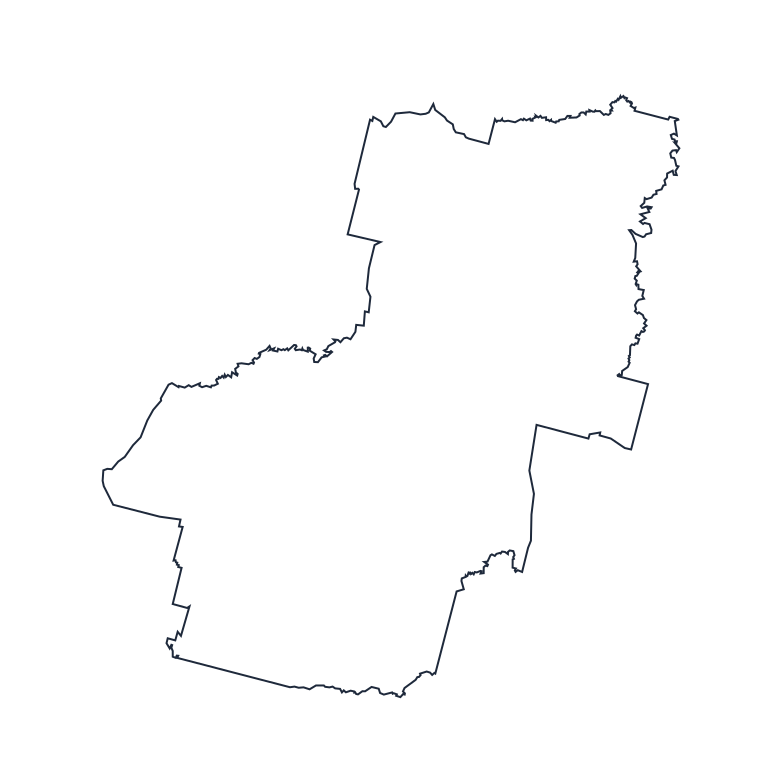 Golden Plains, Victoria, Australia, rotated 276°
{"feature_id": "25037944B31372279830401", "entity_name": "Golden Plains", "entity_type": "district", "adm_level": 2, "iso_a3": "AUS", "parent_name": "Australia", "parent_adm1": "Victoria", "projection": "natural_earth1", "projection_center": [143.959, -37.852], "detail": "fine", "context": "isolated", "style": "outline", "palette": "slate", "viewbox_px": 768, "rotation_deg": 276, "n_neighbors": 0, "source": "geoboundaries", "source_scale": "gbopen_adm2", "svg_char_len": 6114}
<svg xmlns="http://www.w3.org/2000/svg" viewBox="0 0 768 768"><g transform="rotate(276 384 384)"><path d="M235.6,127.3L228.6,174.8L227.9,195.8L220.9,195.0L220.8,198.7L186.4,193.2L186.9,195.1L184.9,195.7L184.7,197.1L182.7,196.9L182.4,198.8L180.5,198.5L180.0,201.9L143.1,196.9L140.7,211.6L142.5,213.8L112.3,208.4L116.0,204.7L107.2,203.2L108.5,195.5L103.5,194.8L98.6,198.5L102.4,199.8L102.2,200.6L99.5,200.1L96.4,201.8L90.7,202.4L89.9,205.5L92.2,206.3L92.2,207.7L90.0,206.9L72.6,322.2L73.7,326.6L73.0,330.9L73.9,335.7L72.6,341.9L77.1,347.9L77.9,355.7L76.7,357.1L76.6,361.5L77.7,364.5L76.2,367.2L76.2,372.2L72.9,374.4L75.1,376.0L73.4,378.3L75.5,382.9L75.1,386.5L74.0,386.7L74.4,387.6L72.8,388.7L72.6,390.6L76.2,394.6L76.4,397.3L81.4,403.3L80.4,410.6L76.3,412.4L75.1,416.3L78.1,424.3L76.9,425.0L77.5,425.9L76.7,429.2L75.2,428.7L74.3,433.0L77.6,435.4L77.3,437.0L78.5,437.1L80.2,435.0L83.8,436.2L93.1,446.4L96.0,447.8L96.3,449.4L98.3,450.8L99.7,450.1L102.5,456.5L101.8,460.0L99.7,462.3L101.9,464.3L101.4,465.3L185.3,477.9L188.2,484.8L196.2,481.6L198.8,481.7L200.6,485.3L201.9,485.3L201.1,486.0L201.8,487.0L205.2,487.8L204.1,489.4L205.3,489.6L204.4,490.8L205.4,491.6L204.1,493.1L206.5,493.9L206.3,496.0L208.2,499.5L208.0,500.6L205.6,499.9L206.3,502.9L212.2,502.3L214.0,503.9L213.7,505.8L215.2,506.3L217.5,502.3L218.2,505.5L224.8,507.8L225.8,509.1L224.6,512.2L226.8,513.6L228.1,516.8L227.6,517.7L229.7,518.9L229.6,521.9L227.8,525.0L230.0,524.9L231.6,526.4L231.3,530.1L227.4,531.7L225.4,530.6L223.7,531.5L223.0,530.3L214.8,531.1L214.3,534.5L212.3,533.6L210.9,534.5L212.8,536.5L211.5,541.0L236.2,544.4L243.5,546.5L269.6,544.3L290.4,544.6L313.1,537.6L359.3,540.0L351.1,593.0L355.5,593.8L358.4,604.1L355.4,603.8L353.5,615.2L345.5,630.1L344.7,636.6L411.5,646.6L416.3,615.8L417.1,615.4L418.4,616.8L417.4,617.4L417.8,619.5L421.9,619.5L426.3,624.6L430.8,626.1L431.8,624.9L433.4,625.5L434.9,624.5L436.1,625.6L437.5,624.6L438.4,625.6L447.3,625.0L449.3,626.4L448.9,628.9L450.7,629.8L450.6,631.9L455.3,633.1L456.3,629.4L458.5,629.7L459.6,630.5L458.9,632.7L463.5,634.5L462.8,636.0L463.5,637.3L464.7,637.9L466.6,636.0L469.4,639.0L471.4,636.3L475.0,638.3L476.8,635.6L479.6,634.3L481.9,630.0L480.6,628.7L482.6,625.9L484.7,626.9L488.7,625.4L492.6,627.0L494.4,628.6L496.0,633.7L498.6,631.7L504.6,632.5L505.0,627.2L509.3,626.6L509.7,624.7L508.8,624.5L509.7,623.8L513.2,624.6L515.0,622.3L517.6,622.7L518.0,624.1L520.9,625.6L521.4,624.2L522.7,625.0L522.0,625.6L522.8,627.4L527.4,622.5L529.6,623.7L532.5,622.8L531.8,619.6L535.6,620.7L550.1,620.0L558.3,615.5L562.6,611.7L563.0,613.9L559.6,618.5L557.2,626.0L557.9,627.7L560.3,629.0L562.1,633.9L565.4,633.9L570.7,631.4L571.4,626.2L570.2,624.9L572.4,621.6L576.3,626.9L579.6,621.3L582.8,629.9L586.1,627.9L586.4,630.9L587.8,631.6L588.1,627.1L586.1,622.3L587.8,620.7L591.4,623.9L596.2,623.9L595.3,625.8L597.4,630.7L600.4,632.2L601.5,635.2L604.5,634.5L606.6,639.7L610.6,641.0L611.5,643.2L615.9,641.6L619.0,643.9L622.9,643.6L626.3,648.8L622.3,650.3L622.4,653.3L626.2,651.6L631.2,654.1L631.6,651.9L637.2,650.0L639.1,648.8L639.2,646.0L643.3,644.6L646.3,646.5L647.1,650.0L645.2,650.9L649.3,653.1L654.3,647.9L654.1,649.6L656.0,649.9L655.8,648.1L657.5,647.4L657.9,644.8L661.6,643.2L663.3,646.2L661.8,649.3L675.9,645.7L677.6,649.1L678.3,648.6L679.6,640.1L676.7,639.0L681.9,604.6L685.2,605.1L684.6,603.7L686.3,600.2L689.0,601.3L690.2,600.6L690.6,599.5L689.6,599.2L691.0,597.5L690.3,596.4L691.6,595.2L693.7,595.8L694.2,593.8L693.5,593.2L695.4,592.0L693.4,589.7L694.9,589.0L691.2,587.6L692.0,586.7L689.1,585.3L689.6,584.4L688.2,583.7L688.2,581.7L685.4,579.8L682.3,582.4L680.7,581.1L679.8,582.0L679.6,580.4L676.9,581.0L675.1,579.0L675.7,576.3L674.6,574.5L678.0,570.2L677.5,566.3L678.2,565.6L676.8,564.8L676.7,563.2L677.9,559.6L676.4,560.0L676.1,556.7L673.2,556.4L674.9,554.2L674.7,551.9L672.9,550.1L671.5,550.5L669.2,547.6L668.2,540.8L670.1,541.4L669.8,538.4L666.5,536.5L665.0,530.7L663.5,530.3L663.1,527.8L661.8,527.4L663.1,522.6L664.1,522.5L662.7,521.1L663.9,519.8L663.4,517.7L666.2,517.3L665.2,513.2L667.0,511.6L665.2,509.7L666.6,507.4L665.7,507.9L665.7,506.3L664.9,506.7L663.2,503.9L661.4,504.2L661.3,502.3L663.2,501.4L661.1,498.0L662.5,495.4L660.9,494.6L661.7,492.5L658.0,487.0L658.8,479.9L657.8,476.3L658.6,474.0L659.9,473.7L657.9,472.4L657.8,469.8L656.6,468.7L659.0,466.7L633.7,462.9L636.9,442.7L637.9,439.6L640.9,437.5L641.8,429.1L644.9,426.7L649.4,425.3L652.6,419.1L655.6,416.6L661.9,406.3L667.6,403.8L658.8,400.2L657.1,397.2L655.9,392.0L657.0,381.2L654.2,367.1L645.6,363.6L639.8,359.0L640.3,356.4L644.9,353.4L648.5,345.4L644.4,344.9L645.4,342.5L580.0,333.8L575.1,334.9L575.5,338.0L574.7,338.8L529.0,332.2L524.8,365.7L521.2,360.1L497.5,356.9L476.8,356.9L469.4,361.4L453.7,361.3L454.2,357.4L439.9,357.8L439.9,350.2L432.9,350.1L425.0,346.0L426.2,342.3L425.3,339.3L421.0,336.3L423.0,333.6L423.0,329.2L421.3,331.2L420.4,330.9L415.9,324.7L412.6,323.5L411.1,320.9L409.9,323.1L410.1,326.7L411.2,327.8L410.4,329.0L405.5,324.4L406.8,322.5L406.2,321.3L405.0,322.1L404.0,319.2L398.8,316.0L398.6,312.3L402.0,311.4L406.4,312.9L409.4,306.6L411.5,306.9L412.4,305.2L412.2,304.4L408.2,304.8L409.4,299.9L410.8,299.1L409.0,298.7L409.5,296.8L408.4,292.7L409.7,291.6L412.3,293.1L413.4,292.3L413.4,290.5L407.5,285.3L409.3,284.0L407.3,281.8L408.1,280.3L406.9,278.5L408.0,275.0L405.2,274.6L405.7,270.1L408.0,271.0L405.7,266.7L407.5,267.6L409.9,266.2L405.8,263.3L401.9,256.5L401.1,256.3L400.8,257.9L397.8,257.3L395.7,254.9L396.3,252.6L394.0,250.8L391.7,252.5L390.5,252.1L391.2,249.9L389.5,247.3L389.7,240.1L388.8,236.3L386.3,237.4L383.5,234.4L380.0,235.5L378.7,237.4L377.1,237.1L379.8,231.7L374.7,231.3L376.7,227.8L374.4,226.0L376.6,224.6L373.6,223.9L375.1,222.2L372.9,220.8L373.6,219.1L371.8,218.8L371.7,217.4L370.4,216.6L366.9,218.7L364.7,215.2L364.4,212.7L362.6,212.2L363.6,207.4L361.8,203.4L363.0,200.5L365.5,200.8L361.0,192.8L362.4,189.9L359.6,186.2L360.6,180.2L359.4,180.0L362.7,173.0L360.8,169.8L346.3,163.5L344.2,164.1L334.2,157.2L323.0,152.4L305.5,147.5L296.9,140.8L284.4,133.8L279.1,127.8L270.8,122.2L270.7,117.7L268.8,113.9L258.3,114.3L253.1,116.0L235.6,127.3Z" fill="none" stroke="#1e293b" stroke-width="2"/></g></svg>